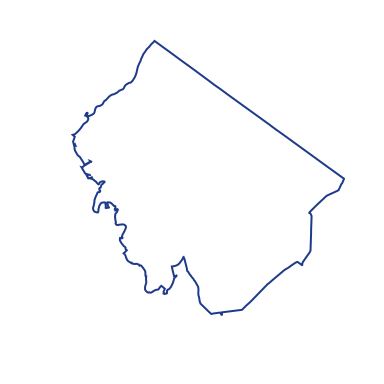 outline of Limanu, Constanta, Romania, rotated 219°
{"feature_id": "2599482B33389686474372", "entity_name": "Limanu", "entity_type": "district", "adm_level": 2, "iso_a3": "ROU", "parent_name": "Romania", "parent_adm1": "Constanta", "projection": "mercator", "projection_center": [28.522, 43.777], "detail": "fine", "context": "isolated", "style": "outline", "palette": "blue", "viewbox_px": 384, "rotation_deg": 219, "n_neighbors": 0, "source": "geoboundaries", "source_scale": "gbopen_adm2", "svg_char_len": 6011}
<svg xmlns="http://www.w3.org/2000/svg" viewBox="0 0 384 384"><g transform="rotate(219 192 192)"><path d="M82.3,298.0L101.4,296.9L153.0,294.2L166.1,293.4L172.6,293.1L174.2,293.1L222.5,290.4L235.7,289.8L242.2,289.3L248.8,289.1L271.2,288.1L281.8,287.5L294.9,286.9L316.2,285.8L316.2,284.5L316.7,280.8L316.6,279.8L316.6,277.8L317.0,274.9L316.9,273.1L316.7,271.5L316.6,268.5L316.0,266.5L315.4,264.1L315.2,263.1L314.8,262.3L314.3,261.0L314.1,259.5L313.2,256.3L312.7,254.8L310.3,250.0L309.3,247.4L308.6,244.7L308.2,241.3L308.3,239.7L308.4,238.8L308.8,238.0L309.6,237.2L310.7,234.2L310.9,233.3L310.9,232.6L310.8,231.7L310.3,229.6L310.3,228.9L310.4,228.4L311.9,225.6L312.3,225.0L312.4,224.6L312.4,223.7L312.7,222.3L313.3,220.8L313.5,220.5L313.9,219.4L314.6,218.3L314.9,218.1L315.1,217.8L315.9,216.3L316.2,215.3L316.2,214.6L316.5,214.0L316.6,211.7L316.7,210.9L316.8,209.1L316.9,208.7L317.2,208.2L317.3,207.6L317.3,206.8L316.8,204.2L316.9,203.4L317.6,201.2L319.4,199.1L319.7,198.4L319.8,197.7L319.7,196.9L319.5,195.9L319.0,194.8L317.9,192.4L317.7,191.6L317.9,190.5L318.1,189.7L318.8,188.2L319.8,186.3L320.7,185.6L321.1,185.5L322.2,185.6L322.5,185.7L322.7,186.0L322.7,186.5L322.9,186.9L322.6,187.1L322.7,187.5L323.1,187.7L323.6,187.2L323.6,186.2L323.1,184.2L322.5,184.5L321.4,184.6L319.6,184.4L319.4,184.3L318.4,183.2L318.2,182.8L318.0,181.6L317.9,180.7L318.1,179.6L318.5,178.5L318.9,177.1L319.0,176.4L318.6,171.6L318.7,167.8L319.3,163.4L320.7,161.3L317.9,161.2L316.1,156.3L313.0,154.0L312.5,154.8L312.6,155.2L311.9,154.8L312.3,154.7L312.8,153.9L312.0,153.3L309.8,151.1L309.0,150.6L304.5,148.8L302.9,148.6L301.4,148.7L295.5,146.8L292.5,145.5L290.2,151.5L290.3,151.8L290.6,151.9L288.6,152.5L289.5,152.0L289.9,151.2L292.6,143.7L292.6,142.0L293.4,141.7L287.0,139.3L286.3,139.2L282.3,140.9L281.9,141.2L281.8,141.6L281.6,140.5L281.8,140.8L282.1,140.8L285.1,139.5L285.0,139.2L284.7,139.1L284.7,138.9L283.5,138.5L283.6,138.3L281.4,137.5L281.4,137.4L281.1,137.4L280.4,138.5L279.5,139.6L279.1,140.4L278.9,140.3L279.6,139.1L279.3,138.6L277.8,139.3L276.0,139.6L275.1,139.5L272.9,139.6L271.5,139.2L270.8,139.2L270.0,139.0L269.6,139.0L269.3,139.4L269.3,139.8L269.6,140.9L269.6,141.9L268.6,143.7L268.3,144.0L267.6,144.1L267.3,144.7L266.9,144.8L266.5,145.0L266.4,144.9L266.2,144.7L266.2,144.3L266.4,143.5L266.5,142.3L266.6,141.7L266.8,141.3L266.9,140.9L266.7,140.1L265.9,138.2L265.8,137.9L266.3,137.1L266.3,136.8L266.1,136.2L265.9,135.9L265.2,135.3L264.4,135.3L263.8,134.8L263.7,134.3L263.9,133.5L264.6,133.1L264.8,132.9L265.0,132.5L265.0,131.9L264.4,130.1L264.3,129.4L263.7,127.1L262.6,124.2L262.3,123.7L261.4,122.7L261.1,121.8L260.6,121.2L260.1,120.0L259.5,119.1L259.4,118.4L259.0,117.6L258.4,116.7L257.7,116.2L255.8,115.4L255.1,115.5L253.4,116.1L252.3,116.9L252.2,117.1L252.9,118.6L253.5,119.2L254.5,121.1L255.1,122.5L255.4,123.3L255.6,124.4L255.7,126.1L255.5,126.6L255.2,127.1L253.8,128.6L253.0,129.1L252.8,129.1L252.5,128.9L251.7,128.3L250.9,127.4L249.8,126.5L249.3,125.7L249.2,125.4L248.7,125.4L246.8,127.6L246.9,127.8L247.3,127.8L247.9,128.0L248.8,128.4L249.7,129.4L250.8,129.8L251.3,130.3L251.2,130.8L250.2,131.6L248.9,132.3L247.5,132.5L243.8,132.1L243.4,132.5L242.6,132.7L242.0,132.2L241.7,131.5L241.5,130.6L241.2,130.0L240.1,129.4L239.8,130.9L239.5,131.5L239.3,131.7L238.7,131.7L238.4,131.5L237.7,129.1L237.8,127.0L237.5,126.1L237.0,125.7L236.5,124.6L234.0,122.1L233.6,121.7L232.7,121.2L231.9,120.3L231.7,119.5L231.2,119.2L230.5,119.0L229.8,119.1L228.6,119.8L228.4,120.3L226.6,122.2L225.2,123.4L224.3,123.9L223.3,124.0L222.2,123.9L221.8,123.8L221.2,123.1L220.6,121.8L220.0,119.6L219.5,117.4L219.3,115.9L218.9,114.4L218.5,113.5L217.3,112.8L217.1,112.4L217.3,111.9L217.6,111.6L218.0,111.4L218.5,111.5L219.0,111.0L218.2,109.7L217.5,109.0L214.8,107.9L210.8,107.0L209.7,107.2L209.1,107.1L208.6,106.9L207.9,106.0L206.9,105.7L206.0,105.7L206.5,101.3L205.7,101.4L204.7,101.1L203.8,100.8L201.8,99.4L201.4,99.4L200.8,99.0L200.5,98.7L198.9,98.2L198.0,98.1L194.7,98.5L194.4,99.1L194.1,99.0L194.0,98.6L193.7,98.6L192.7,99.2L191.4,99.8L190.0,101.2L189.5,101.5L188.7,101.7L187.9,102.1L187.6,102.2L186.6,101.7L186.3,101.7L185.8,102.6L185.5,102.7L185.1,102.8L182.6,102.3L179.2,101.3L178.6,101.0L177.2,99.7L176.3,98.6L176.1,98.2L174.0,96.7L173.7,96.4L173.7,96.5L172.5,94.9L171.1,93.5L170.6,92.9L170.3,92.4L169.4,90.1L168.6,88.5L167.5,87.1L166.9,86.6L166.1,86.2L164.2,86.0L163.0,86.2L162.5,86.4L162.2,87.1L161.9,87.3L161.2,87.4L160.8,87.7L160.5,88.1L159.8,89.7L159.7,90.5L158.8,92.6L157.9,93.9L157.0,94.8L156.8,95.1L157.0,98.4L156.8,99.7L155.9,99.8L152.2,99.7L151.4,96.9L151.1,96.4L150.4,95.9L150.2,95.2L149.1,95.5L148.9,95.9L148.0,97.0L147.8,97.4L148.2,97.7L148.3,98.0L148.3,98.4L149.3,99.6L149.5,100.4L149.4,100.8L149.0,101.3L148.7,102.3L148.6,103.0L148.6,104.3L148.7,105.4L149.8,109.8L151.5,113.7L151.5,114.5L151.4,115.0L151.4,115.5L151.2,116.3L151.2,116.7L151.4,117.3L151.6,117.3L151.8,116.6L152.5,115.4L152.8,115.2L153.1,115.3L155.3,117.1L158.0,119.1L160.8,121.4L159.1,123.3L158.1,124.7L157.2,126.6L156.9,128.5L157.1,133.5L157.7,135.9L157.6,136.2L155.4,135.0L148.5,129.8L146.1,127.7L144.5,127.5L143.6,127.1L142.5,126.8L141.6,126.4L140.4,126.3L138.5,125.7L136.4,125.4L134.8,124.7L133.4,124.5L127.6,122.2L125.9,120.6L122.9,116.7L122.1,115.9L120.1,114.5L117.0,111.7L115.7,111.0L115.2,110.6L101.9,109.4L100.4,109.4L100.2,109.4L99.4,110.5L94.8,115.5L94.6,115.5L94.0,116.0L92.3,115.3L91.8,115.2L91.5,115.5L93.0,117.3L79.0,131.9L78.4,137.7L77.5,143.2L75.2,168.5L74.9,168.9L74.0,174.3L71.5,187.2L71.4,187.5L71.4,188.2L70.4,191.5L69.7,193.1L69.2,194.9L69.0,195.3L68.7,196.9L67.1,202.2L66.3,203.7L66.1,204.0L65.6,204.1L60.5,204.4L60.4,204.6L60.9,205.3L61.3,205.9L61.7,207.1L61.9,209.3L62.6,219.3L62.7,220.0L63.0,220.9L63.6,221.8L73.5,234.9L74.9,236.7L75.5,237.4L83.5,248.0L84.0,248.6L85.4,249.4L86.6,249.8L87.0,249.8L87.7,249.6L87.8,249.8L87.9,250.2L87.6,253.5L86.9,260.0L85.1,273.1L84.7,274.4L80.3,283.3L79.4,285.2L79.3,285.6L79.3,285.9L80.9,292.2L80.9,292.4L80.8,293.2L81.8,296.7L82.3,298.0Z" fill="none" stroke="#1e3a8a" stroke-width="2"/></g></svg>